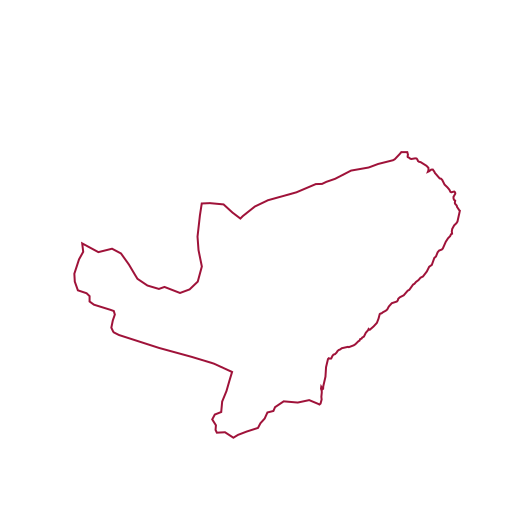 outline of Ocean, Sud, Cameroon, rotated 213°
{"feature_id": "32672807B78470526928215", "entity_name": "Ocean", "entity_type": "district", "adm_level": 2, "iso_a3": "CMR", "parent_name": "Cameroon", "parent_adm1": "Sud", "projection": "mercator", "projection_center": [10.17, 2.882], "detail": "fine", "context": "isolated", "style": "outline", "palette": "rose", "viewbox_px": 512, "rotation_deg": 213, "n_neighbors": 0, "source": "geoboundaries", "source_scale": "gbopen_adm2", "svg_char_len": 2846}
<svg xmlns="http://www.w3.org/2000/svg" viewBox="0 0 512 512"><g transform="rotate(213 256 256)"><path d="M204.2,100.6L203.7,95.1L197.4,92.2L195.2,88.1L192.6,86.5L186.0,91.3L176.0,91.3L173.6,96.3L172.4,97.9L168.2,103.7L160.7,112.9L161.2,118.2L160.2,124.4L161.2,131.0L157.0,135.5L157.7,139.6L153.6,149.2L141.2,155.8L140.5,156.5L132.9,164.1L123.6,165.8L121.9,166.0L121.5,167.4L122.8,171.4L124.5,173.5L126.4,177.2L127.5,178.8L129.2,180.1L130.0,181.8L127.6,180.6L127.4,181.2L128.6,183.3L132.0,192.6L136.7,200.9L138.2,205.1L139.5,208.8L139.3,209.9L138.2,210.1L137.1,211.0L137.5,214.0L137.3,215.5L136.3,216.7L135.8,219.0L135.9,220.5L135.4,222.3L134.7,223.1L133.8,225.4L129.4,229.9L128.5,230.1L125.4,234.3L124.6,236.1L123.7,240.3L123.1,241.4L123.4,243.0L122.5,244.1L122.5,245.4L121.6,247.2L122.1,251.5L121.6,254.7L121.8,256.1L120.8,255.9L120.4,256.1L119.0,261.0L118.2,265.8L119.1,270.1L120.6,274.7L120.3,275.5L119.5,276.2L118.9,278.0L117.4,280.7L116.8,282.6L117.1,286.0L116.4,290.4L113.1,294.5L112.9,295.9L113.4,297.6L112.9,299.7L110.7,303.5L109.9,309.4L109.6,310.1L109.0,311.1L108.7,317.7L108.0,318.9L107.7,321.4L106.6,324.3L106.2,327.4L104.8,329.8L104.3,336.1L104.9,341.3L103.7,344.3L105.4,351.5L104.8,353.6L105.7,358.1L105.6,358.7L105.4,360.3L103.7,362.6L103.4,364.0L104.6,371.3L104.6,375.5L104.0,378.4L104.3,380.4L103.7,381.5L105.2,383.3L106.2,385.6L106.5,389.6L105.8,392.6L105.8,394.6L108.7,402.4L109.7,405.0L110.5,405.1L114.2,406.7L115.1,407.6L117.6,408.3L118.2,408.9L119.1,410.9L120.6,411.0L121.8,412.0L122.6,413.2L122.8,416.8L123.7,417.8L124.9,418.0L126.9,415.8L127.9,415.7L130.1,417.0L131.5,417.4L132.7,417.8L136.8,418.6L141.2,421.2L142.9,421.6L144.2,421.1L145.3,421.4L151.2,423.1L152.3,423.8L154.8,424.8L156.1,423.9L156.9,421.5L157.7,420.2L158.1,422.0L159.5,423.9L162.2,424.5L169.0,424.4L170.7,423.8L171.9,423.9L173.4,424.9L174.5,425.2L175.7,424.6L178.6,421.9L179.9,421.6L181.0,421.8L182.6,421.6L183.2,422.2L183.7,423.7L185.7,425.5L190.1,422.6L190.7,422.3L191.0,419.8L192.3,412.8L193.2,411.0L203.7,399.7L208.5,393.2L209.8,391.5L222.8,379.4L231.7,363.8L232.8,362.4L237.4,356.5L239.9,352.4L245.0,348.9L256.8,331.4L276.5,309.1L277.1,308.0L283.9,296.9L288.8,282.3L289.5,278.9L299.3,279.6L311.3,281.6L323.5,275.2L330.1,270.5L325.2,259.6L315.6,240.4L307.4,229.6L295.7,217.7L290.9,202.8L293.5,191.8L296.7,187.5L299.6,183.6L309.7,181.5L315.9,180.2L317.2,178.5L319.5,175.5L331.0,172.1L343.0,172.3L347.2,174.3L357.9,179.6L370.6,184.6L380.7,183.7L390.3,173.4L408.6,171.9L403.2,165.4L402.6,156.8L398.7,142.2L394.0,135.8L386.7,130.2L377.8,132.5L373.7,131.7L370.8,127.2L365.4,126.9L348.7,131.6L345.3,132.4L342.5,130.0L341.0,124.0L338.3,117.1L334.6,114.8L333.6,114.5L327.9,115.1L287.2,126.1L254.9,136.4L234.5,142.3L232.6,142.8L212.9,145.7L210.5,137.4L207.2,126.6L205.1,115.5L200.2,106.2L204.2,100.6Z" fill="none" stroke="#9f1239" stroke-width="2"/></g></svg>